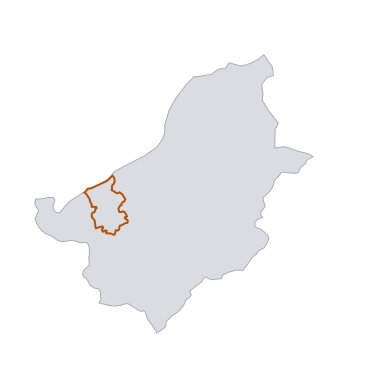 location of Vratsa within Bulgaria, rotated 321°
{"feature_id": "BGR-2251", "entity_name": "Vratsa", "entity_type": "Province", "adm_level": 1, "iso_a3": "BGR", "parent_name": "Bulgaria", "parent_adm1": "", "projection": "mercator", "projection_center": [23.765, 43.427], "detail": "fine", "context": "in_parent", "style": "outline", "palette": "amber", "viewbox_px": 384, "rotation_deg": 321, "n_neighbors": 0, "source": "natural_earth", "source_scale": "10m", "svg_char_len": 3562}
<svg xmlns="http://www.w3.org/2000/svg" viewBox="0 0 384 384"><g transform="rotate(321 192 192)"><path d="M308.2,240.7L302.0,239.6L299.9,239.9L298.5,241.5L295.6,241.2L292.1,241.2L288.4,242.9L286.3,243.7L283.6,242.1L278.5,237.3L275.4,233.9L273.1,233.1L270.8,234.1L262.5,235.2L260.5,237.2L256.7,239.3L252.9,240.3L247.3,241.0L244.4,241.0L242.8,242.0L241.4,245.1L240.5,248.2L239.7,249.4L232.8,250.9L231.3,252.7L230.9,254.4L231.0,256.1L225.5,254.5L221.3,255.6L220.3,256.9L219.4,258.8L219.9,260.8L221.5,262.7L222.9,268.0L223.5,273.3L222.6,276.3L219.4,278.4L212.9,280.8L206.6,279.6L203.8,280.6L199.1,280.9L194.8,281.5L188.2,283.6L182.3,284.9L176.9,280.5L170.5,277.5L163.9,275.8L161.5,277.1L160.5,278.1L154.9,274.2L152.4,272.8L151.2,271.3L148.9,266.1L147.5,266.0L142.9,267.9L138.5,267.8L135.8,267.5L127.8,267.7L126.8,271.2L125.8,271.8L124.1,272.2L119.8,272.0L114.4,274.6L108.6,276.2L104.1,276.3L99.5,275.5L96.7,276.0L90.6,276.3L86.8,280.1L80.9,279.9L75.9,279.3L76.5,278.1L77.5,262.9L80.0,256.1L79.9,254.7L79.3,253.7L77.2,252.6L75.6,248.9L72.3,239.2L70.4,237.2L65.2,235.2L60.7,232.4L56.8,228.7L49.8,219.5L53.4,218.6L54.5,216.7L58.0,211.7L58.4,209.2L58.0,207.8L55.7,205.3L54.0,200.0L55.3,195.1L55.4,192.5L54.2,190.0L55.4,186.8L58.0,185.1L59.6,184.6L66.3,184.2L70.6,177.9L73.2,175.9L75.8,172.3L77.1,170.9L78.2,168.1L78.7,165.3L73.3,161.2L71.5,158.2L69.1,154.9L65.9,152.6L59.4,148.6L56.9,144.5L55.7,139.3L54.0,135.3L52.1,132.7L51.8,130.6L51.0,128.0L50.8,122.9L52.3,116.1L53.3,113.7L55.5,113.0L61.4,109.4L61.6,104.8L62.7,101.9L64.6,100.2L66.3,99.1L69.5,101.8L77.2,106.1L81.0,109.2L80.8,111.2L79.0,113.1L75.7,115.0L73.7,117.5L73.2,120.6L73.7,122.8L76.0,124.7L89.9,122.2L104.1,123.5L123.0,127.7L135.6,129.1L144.9,127.2L162.1,130.7L178.1,134.0L193.5,135.0L202.1,132.4L208.1,128.9L213.4,122.4L226.2,113.7L238.7,108.9L255.0,104.9L265.9,103.6L267.4,104.9L281.3,112.9L287.5,112.9L292.5,114.3L294.3,116.4L295.6,117.0L302.2,115.0L305.2,119.3L309.8,125.4L317.6,128.5L324.6,130.3L326.8,130.6L334.2,130.5L333.1,145.6L328.7,152.7L322.1,150.3L313.6,152.3L309.1,160.3L306.6,162.6L304.3,165.4L302.8,175.7L302.4,192.6L299.2,194.6L296.3,195.2L284.0,210.0L291.1,214.1L294.2,217.3L299.4,226.0L306.7,235.9L308.2,240.7Z" fill="#d9dde1" stroke="#a8b0b8" stroke-width="1"/><path d="M108.0,124.7L108.7,124.8L112.5,123.9L113.6,124.1L116.2,125.7L132.1,129.7L132.5,129.8L140.6,129.4L140.3,132.4L138.4,135.3L135.8,136.6L134.4,136.5L133.1,137.6L131.9,139.1L130.7,140.1L131.7,142.1L132.2,144.3L133.4,146.3L135.5,146.7L136.3,149.6L136.4,150.7L136.0,151.9L135.7,155.6L133.5,156.7L131.9,156.4L130.4,156.5L129.5,157.1L129.0,157.8L128.3,157.5L127.7,157.3L124.3,158.6L123.5,160.4L123.0,161.7L123.4,162.5L126.5,163.8L126.9,166.2L126.5,168.7L126.0,170.1L124.9,170.1L124.1,169.4L123.4,169.9L123.6,171.6L124.2,173.3L123.4,174.5L122.3,175.3L121.6,174.7L120.8,174.3L116.3,173.5L114.6,172.8L113.3,173.6L112.4,174.8L111.2,175.3L110.0,175.2L109.3,174.4L108.6,173.7L106.7,175.3L104.9,176.4L103.9,175.4L103.3,174.0L102.2,172.6L101.0,171.5L100.2,170.9L99.5,170.3L99.5,169.0L100.1,168.5L101.1,168.5L100.8,167.6L99.4,166.9L97.9,166.8L97.8,165.2L99.1,164.1L100.2,164.0L100.8,162.6L98.0,161.0L94.6,159.8L95.0,158.1L96.1,156.7L97.1,154.9L98.2,153.3L98.5,150.9L98.4,148.5L99.8,146.5L101.7,145.4L102.8,146.1L103.7,146.1L104.6,146.1L105.6,144.9L106.7,144.0L107.5,144.5L108.1,143.9L108.0,143.2L107.5,142.9L107.0,142.4L106.6,141.8L106.1,141.6L105.6,141.2L104.8,140.5L105.1,139.5L105.9,138.9L106.4,138.1L106.3,137.3L106.4,136.6L107.3,134.5L108.1,132.3L108.6,126.8L108.0,124.7Z" fill="none" stroke="#b45309" stroke-width="2"/></g></svg>